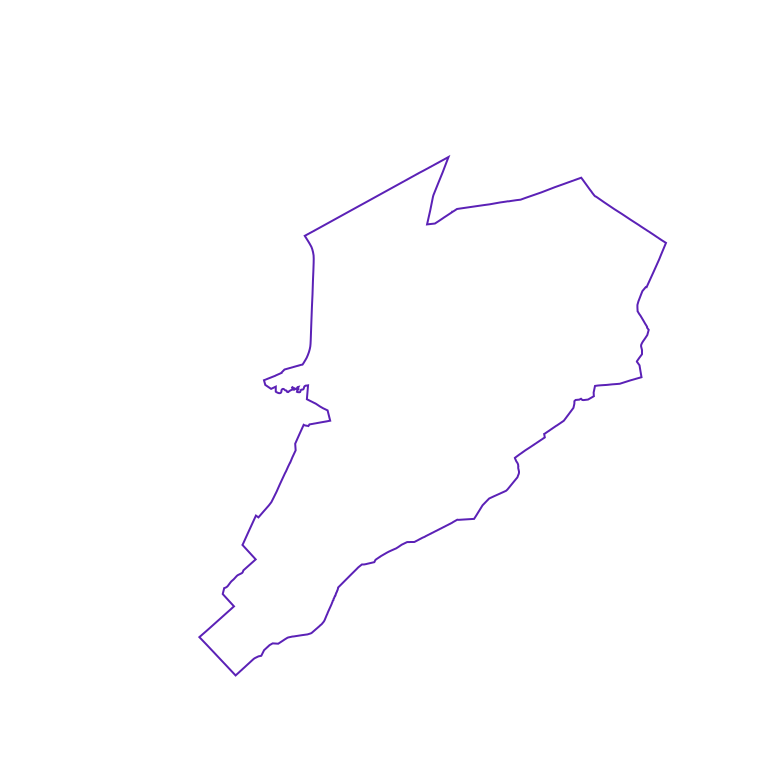 Ilzenes pag., Aluksne, Latvia (Equal Earth projection), rotated 139°
{"feature_id": "27541924B97832131674611", "entity_name": "Ilzenes pag.", "entity_type": "district", "adm_level": 2, "iso_a3": "LVA", "parent_name": "Latvia", "parent_adm1": "Aluksne", "projection": "equal_earth", "projection_center": [26.7, 57.377], "detail": "fine", "context": "isolated", "style": "outline", "palette": "violet", "viewbox_px": 768, "rotation_deg": 139, "n_neighbors": 0, "source": "geoboundaries", "source_scale": "gbopen_adm2", "svg_char_len": 5923}
<svg xmlns="http://www.w3.org/2000/svg" viewBox="0 0 768 768"><g transform="rotate(139 384 384)"><path d="M596.0,355.5L596.4,355.4L595.9,335.8L612.4,335.6L613.6,334.9L614.4,334.6L615.2,334.5L616.1,334.7L619.5,335.6L620.0,335.7L620.6,335.7L621.2,335.7L625.6,335.2L627.8,335.2L628.6,335.2L629.9,335.0L634.6,334.0L636.0,334.0L637.3,334.3L638.6,334.8L639.2,334.3L643.5,331.3L643.5,331.0L643.5,330.8L643.1,314.6L671.7,314.2L679.8,314.1L689.4,314.1L688.9,303.7L687.2,261.4L663.8,262.0L662.4,262.0L661.1,261.8L657.4,260.8L655.3,259.6L654.9,259.4L649.1,261.8L641.7,262.0L638.2,261.3L634.2,257.4L629.2,256.7L626.1,256.3L623.2,255.8L622.3,255.4L620.3,254.3L618.8,253.5L617.9,252.8L610.9,248.4L606.0,245.2L602.8,243.8L601.8,243.6L597.2,243.6L595.9,243.6L591.5,243.6L590.4,243.7L588.8,243.6L585.7,244.1L584.6,244.4L583.4,244.9L579.0,247.1L577.2,247.9L576.6,248.3L569.4,251.6L567.7,252.4L566.3,253.2L565.9,253.3L565.4,253.6L564.9,254.0L564.6,254.1L564.0,254.1L563.9,254.1L563.0,254.9L562.8,255.0L562.5,255.1L562.2,255.1L561.9,255.3L561.3,255.6L561.0,255.8L560.5,255.9L560.4,255.9L560.3,256.1L560.2,256.2L559.8,256.3L559.6,256.2L559.4,256.2L559.2,256.4L558.8,256.7L558.5,256.9L558.4,257.0L558.2,257.0L557.8,257.3L557.6,257.4L557.4,257.6L557.0,257.6L556.4,257.9L556.0,258.1L555.7,258.2L555.6,258.4L555.4,258.5L555.2,258.6L554.5,258.8L554.2,259.0L553.8,259.3L553.6,259.4L553.3,259.6L553.0,259.7L552.3,260.4L552.1,260.5L533.9,261.8L526.1,262.3L523.7,262.5L519.1,262.3L517.3,260.8L515.8,259.9L514.4,259.2L508.2,255.9L506.0,256.8L504.8,256.8L499.1,256.1L492.4,254.8L490.3,254.3L487.9,253.6L484.3,252.5L482.8,252.0L480.3,251.6L476.0,251.1L474.6,250.7L470.5,249.6L470.1,249.4L464.9,245.0L464.6,244.8L455.7,242.7L453.6,242.0L452.4,241.8L423.6,234.6L422.6,234.5L417.7,233.5L416.9,232.6L404.5,223.1L400.4,224.3L389.2,227.8L379.8,228.6L374.9,227.2L361.9,223.3L360.0,223.4L346.6,225.7L344.6,226.0L343.7,226.5L343.0,226.9L342.2,227.3L341.4,227.7L340.8,228.1L340.3,228.5L339.6,229.3L339.3,229.8L339.0,230.4L338.7,230.9L338.2,231.9L337.9,232.4L337.1,233.4L336.8,233.7L336.7,233.7L336.3,234.3L336.0,234.7L335.6,235.3L335.2,236.5L335.0,237.4L334.9,238.6L334.8,239.0L334.7,239.5L334.4,240.3L334.3,240.7L333.9,242.0L333.7,242.4L328.8,242.0L328.6,242.0L320.7,241.2L315.8,240.5L303.2,238.9L297.7,238.2L295.9,241.2L295.6,241.1L285.3,239.9L281.1,239.4L280.9,239.3L272.4,238.3L256.7,241.7L253.3,244.2L251.6,246.1L251.2,246.2L249.8,246.2L246.9,244.1L245.0,243.6L244.8,241.8L244.4,241.4L243.9,240.9L240.2,238.4L233.6,237.1L233.2,237.7L231.4,240.0L226.7,243.6L226.0,244.1L223.4,242.4L220.3,240.1L216.4,237.1L212.1,234.1L209.3,232.0L205.9,229.5L195.7,225.1L185.2,220.2L181.0,227.1L180.2,228.4L179.0,230.3L178.9,230.5L178.7,232.7L178.5,235.0L178.3,235.2L174.4,236.2L170.7,237.0L169.8,237.2L169.5,237.5L167.5,239.8L167.1,240.2L165.3,243.7L164.4,244.7L162.8,245.5L160.8,246.2L157.2,247.1L153.2,248.2L152.3,248.8L148.7,251.2L148.5,253.9L148.4,254.1L148.1,254.4L147.9,254.6L147.6,256.4L147.3,258.3L146.7,261.3L145.6,267.4L145.4,269.7L145.0,271.7L144.9,272.5L144.4,273.1L142.7,275.3L140.9,277.4L137.7,279.5L134.1,281.4L131.1,283.0L128.0,284.6L124.8,285.1L123.7,285.3L122.7,285.4L122.3,284.8L107.8,291.4L94.6,297.5L90.3,299.7L79.0,305.3L78.6,305.5L79.0,306.8L80.2,310.8L81.5,315.6L82.8,320.5L86.9,334.9L87.3,336.5L90.1,346.1L92.9,356.3L95.4,364.7L98.6,376.6L101.0,386.1L101.5,387.1L101.6,388.2L101.4,391.8L101.2,393.3L101.1,395.4L100.2,405.5L99.8,410.3L112.7,415.3L117.9,417.3L125.8,420.4L139.6,425.4L154.8,431.5L160.0,433.5L163.5,435.9L168.5,439.1L170.0,440.0L170.6,440.6L172.4,441.7L177.2,444.8L186.4,450.3L191.1,453.4L197.0,457.2L214.1,468.2L217.9,468.7L218.9,468.9L219.5,469.3L219.8,469.0L226.6,469.9L230.2,470.4L230.5,470.4L234.5,470.9L236.1,471.1L240.3,471.7L246.8,476.2L235.2,484.7L224.3,493.1L222.8,494.1L210.9,500.2L200.8,505.3L195.2,508.3L186.4,513.0L195.6,515.0L211.5,518.5L214.6,519.2L219.2,520.3L237.9,524.3L262.5,529.6L279.7,533.3L285.6,534.6L331.6,544.5L346.6,547.8L347.6,541.3L348.2,538.0L348.9,534.9L349.8,532.6L351.1,530.0L352.8,527.2L354.9,524.6L357.6,521.6L363.0,515.8L370.1,508.3L379.2,498.5L387.5,489.8L400.9,475.5L407.8,468.1L410.7,465.0L413.2,462.4L415.0,460.7L416.4,459.6L417.2,459.0L419.6,457.4L422.5,455.8L425.2,454.5L427.8,453.6L430.9,452.6L432.8,452.1L433.9,452.8L449.6,460.2L454.4,459.8L454.4,459.7L459.9,461.4L460.3,461.5L460.5,461.5L472.1,465.6L474.2,461.2L472.4,454.4L467.4,453.0L470.5,449.5L470.7,449.2L470.5,448.3L470.3,448.0L469.9,447.0L469.5,446.3L469.1,445.8L468.7,445.5L468.2,445.2L467.8,445.1L467.2,445.2L466.7,445.4L466.2,445.8L465.5,446.5L465.1,446.7L464.8,446.8L464.4,446.8L464.0,446.8L463.7,446.7L463.4,446.5L463.1,446.2L462.9,445.6L462.8,445.0L462.7,444.1L462.6,443.8L462.2,443.4L462.0,443.1L462.0,442.7L462.0,442.4L462.2,442.1L462.3,441.8L462.1,441.4L461.8,440.9L461.5,440.7L461.2,440.7L460.7,440.8L460.4,440.8L460.0,440.7L459.0,440.6L457.3,440.1L456.1,439.5L455.7,440.3L456.0,440.7L455.8,441.6L455.2,441.7L455.1,441.4L455.3,441.0L455.2,440.6L454.6,440.0L454.5,439.6L455.2,438.6L453.4,438.2L452.7,437.9L452.2,438.0L451.8,438.2L451.2,438.3L450.4,437.9L450.9,437.7L451.7,437.6L452.0,437.4L451.7,436.7L452.0,436.2L452.8,436.2L453.5,436.4L453.8,435.8L454.8,435.2L454.5,434.5L453.3,433.3L452.6,433.0L451.9,433.3L451.0,433.9L450.4,434.0L450.1,433.9L449.7,433.7L449.1,433.2L448.6,433.0L448.2,433.0L447.5,433.3L446.5,433.9L446.4,434.0L446.1,434.1L445.8,434.3L445.3,434.4L444.6,434.2L444.4,434.1L444.1,434.1L443.6,433.7L442.8,433.2L442.7,433.1L442.2,432.8L452.2,423.1L448.3,413.6L447.1,409.2L445.9,405.7L443.9,401.1L448.7,391.6L466.8,402.4L467.4,402.2L468.6,401.9L468.7,402.1L469.3,402.7L470.6,404.3L471.1,405.1L471.4,405.9L471.6,405.8L481.4,401.3L490.2,397.2L494.2,391.9L501.4,388.7L506.4,386.2L506.5,386.3L510.7,384.5L515.2,382.4L517.3,381.6L526.9,377.3L528.9,376.4L535.5,373.3L542.4,370.4L546.6,368.7L550.6,367.9L558.7,366.8L566.3,365.7L567.0,368.7L584.0,361.0L596.0,355.5Z" fill="none" stroke="#5b21b6" stroke-width="2"/></g></svg>